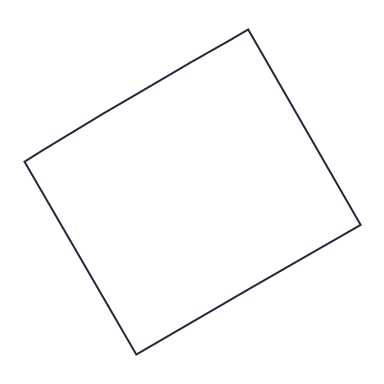 Wayne, Iowa, United States of America, rotated 150°
{"feature_id": "52423323B91237722632689", "entity_name": "Wayne", "entity_type": "district", "adm_level": 2, "iso_a3": "USA", "parent_name": "United States of America", "parent_adm1": "Iowa", "projection": "natural_earth1", "projection_center": [-93.366, 40.739], "detail": "fine", "context": "isolated", "style": "outline", "palette": "slate", "viewbox_px": 384, "rotation_deg": 150, "n_neighbors": 0, "source": "geoboundaries", "source_scale": "gbopen_adm2", "svg_char_len": 395}
<svg xmlns="http://www.w3.org/2000/svg" viewBox="0 0 384 384"><g transform="rotate(150 192 192)"><path d="M321.5,79.1L191.8,79.5L62.4,79.2L62.1,304.7L63.7,304.6L67.0,304.6L78.3,304.6L78.7,304.5L80.6,304.5L113.0,304.8L113.9,304.7L127.2,304.9L165.3,304.6L181.6,304.5L197.4,304.4L229.6,304.3L300.1,302.8L321.2,302.0L321.9,302.0L321.5,79.1Z" fill="none" stroke="#1e293b" stroke-width="2"/></g></svg>